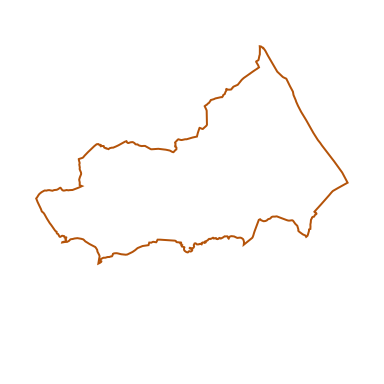 Tanh Linh, Bình Thuận, Vietnam (Natural Earth projection), rotated 241°
{"feature_id": "81297802B72040378952039", "entity_name": "Tanh Linh", "entity_type": "district", "adm_level": 2, "iso_a3": "VNM", "parent_name": "Vietnam", "parent_adm1": "Bình Thuận", "projection": "natural_earth1", "projection_center": [107.7, 11.14], "detail": "fine", "context": "isolated", "style": "outline", "palette": "amber", "viewbox_px": 384, "rotation_deg": 241, "n_neighbors": 0, "source": "geoboundaries", "source_scale": "gbopen_adm2", "svg_char_len": 6033}
<svg xmlns="http://www.w3.org/2000/svg" viewBox="0 0 384 384"><g transform="rotate(241 192 192)"><path d="M247.8,51.2L245.8,52.0L244.3,52.2L239.1,52.2L233.5,52.5L231.8,52.8L224.9,53.5L224.0,53.7L222.9,54.3L222.3,53.9L221.7,53.8L220.9,53.9L220.4,54.4L219.9,54.5L217.3,54.5L216.9,54.7L216.6,55.2L216.7,57.0L216.5,57.5L215.3,58.8L214.1,58.5L213.8,58.9L213.5,59.8L213.2,60.0L213.0,59.9L212.8,59.7L212.3,58.5L211.9,58.4L211.5,58.6L211.1,58.6L210.6,58.2L210.5,57.9L210.3,57.3L210.4,56.6L211.0,54.2L210.8,54.0L209.9,56.6L208.9,58.7L208.9,60.8L209.5,62.6L209.4,63.2L208.7,65.0L208.3,66.7L207.2,69.4L204.8,72.4L203.4,73.8L202.9,74.1L200.4,74.8L199.4,75.4L196.1,77.2L190.8,80.7L189.5,80.9L187.4,81.0L185.7,80.4L182.1,80.3L180.9,80.1L180.1,79.7L179.1,78.8L174.8,75.4L174.7,77.1L174.9,78.7L175.3,79.1L176.0,78.8L176.7,79.0L177.1,79.3L177.4,79.7L177.5,80.4L177.5,82.0L177.3,83.0L176.8,83.8L176.5,84.5L176.1,86.5L175.2,88.3L175.0,89.8L174.6,90.5L174.6,90.8L174.9,91.5L176.2,92.9L176.1,94.1L175.2,96.1L174.4,97.2L171.9,99.9L169.3,103.6L168.7,105.1L168.4,110.9L168.7,114.1L169.3,117.0L169.3,117.6L168.7,122.6L166.6,128.2L168.5,130.1L167.4,131.9L167.4,133.4L167.2,134.0L165.4,136.3L165.6,136.8L167.0,138.8L165.9,140.8L157.7,153.5L157.2,153.9L156.9,154.1L156.0,154.1L155.5,154.4L153.7,157.0L153.3,157.8L153.1,157.9L152.9,157.7L152.5,157.0L151.9,157.5L150.6,156.8L150.3,156.9L150.2,157.3L149.7,156.8L149.3,156.7L148.2,157.9L147.6,158.4L147.3,158.5L146.7,157.8L145.4,157.1L144.9,157.0L144.0,157.1L142.3,157.9L141.4,158.7L141.2,159.3L141.6,160.2L141.6,160.8L140.7,161.8L140.5,162.3L140.6,163.4L141.2,164.2L141.8,164.3L143.5,162.9L143.9,162.7L144.1,162.8L144.2,163.1L143.1,164.2L142.8,164.8L142.5,165.7L142.6,166.5L143.3,167.4L144.7,167.8L145.3,168.8L145.7,169.2L145.6,169.9L145.3,170.2L145.0,170.5L143.8,170.9L143.2,172.0L142.9,172.7L143.0,173.0L142.9,173.4L142.2,174.6L142.5,175.3L142.3,175.4L141.8,175.0L141.6,175.1L141.9,175.6L142.6,176.3L142.7,176.7L142.1,177.8L142.0,178.4L141.6,178.2L141.4,178.3L141.3,179.1L141.3,179.6L141.5,179.7L142.1,179.0L142.3,178.9L142.4,179.1L142.1,179.8L142.3,180.6L142.1,181.8L142.2,182.4L142.6,183.5L142.7,184.3L142.0,185.2L142.0,185.9L141.8,186.2L141.8,188.2L141.5,188.5L140.8,188.5L140.6,188.9L140.4,189.9L140.0,190.6L139.8,190.8L139.1,190.6L138.4,191.5L138.2,192.7L138.3,193.0L138.5,193.2L138.5,193.7L138.3,194.1L137.5,194.4L137.3,194.7L137.2,196.8L137.4,199.1L136.7,200.1L136.3,201.1L136.0,201.5L135.6,201.6L134.0,201.3L133.5,201.5L133.9,202.1L134.4,202.8L134.6,203.3L134.6,204.0L134.2,205.2L132.7,207.3L130.3,209.0L129.8,209.5L129.0,211.5L128.5,212.3L128.1,212.7L127.0,213.4L125.9,213.8L125.4,213.8L123.5,213.4L122.3,212.8L120.8,211.7L122.7,222.5L123.2,223.3L124.4,224.7L126.0,226.3L127.3,227.7L135.2,236.9L135.2,238.1L135.0,238.5L133.9,238.7L131.9,240.3L131.6,240.7L131.0,242.3L130.9,243.8L131.2,244.9L131.3,245.6L131.0,246.8L130.9,247.4L131.0,248.1L131.4,249.0L131.5,249.5L131.4,250.5L130.2,252.8L129.8,253.9L129.5,254.4L121.4,261.3L120.4,262.3L119.8,263.2L118.9,265.5L118.4,266.2L117.6,266.5L114.1,266.9L111.4,267.7L108.2,267.0L107.3,266.7L106.6,266.2L106.2,266.2L104.8,266.7L101.2,268.4L98.9,270.1L97.4,270.1L97.7,271.7L98.6,272.8L101.2,275.4L102.5,276.2L102.5,276.4L102.3,277.6L104.4,278.9L106.2,279.8L107.9,281.2L109.6,282.3L110.1,282.7L110.9,284.1L111.5,284.6L111.7,285.5L111.3,286.6L111.3,286.9L112.2,288.2L112.3,288.9L112.6,289.2L112.4,289.8L112.6,290.3L113.1,290.4L113.9,290.3L115.0,289.5L115.4,289.5L118.6,298.9L122.7,310.4L123.9,313.5L124.5,315.3L124.6,316.0L124.7,321.6L124.7,332.6L136.2,332.8L149.6,331.2L169.7,328.2L172.9,327.9L176.4,327.3L184.9,326.8L199.5,326.7L209.1,326.3L216.0,326.5L220.5,326.9L221.9,327.2L227.6,327.8L230.8,328.9L237.1,329.0L245.0,329.4L245.4,329.4L248.0,327.5L248.8,327.1L255.9,324.9L274.4,324.5L280.2,324.6L283.4,324.2L283.4,323.8L284.3,323.6L285.8,322.9L286.6,321.9L284.7,321.0L279.4,318.0L278.4,316.9L275.8,314.7L275.2,314.1L275.1,313.6L275.1,311.6L274.9,311.3L274.6,311.2L270.7,311.3L268.5,311.0L267.9,304.2L266.6,292.4L266.0,289.9L263.6,284.0L264.0,279.4L263.9,278.8L263.4,278.0L263.3,277.1L262.7,276.3L262.7,276.0L263.2,274.6L263.7,273.9L264.1,272.9L264.3,272.7L265.3,272.3L265.4,271.9L265.2,271.6L264.5,271.4L264.0,271.0L263.0,269.4L261.9,268.3L261.8,267.8L261.7,266.5L260.9,265.5L260.5,264.8L260.4,264.1L260.7,263.8L260.9,263.3L262.5,257.8L262.6,256.1L263.3,253.0L262.7,252.2L262.5,251.5L261.8,250.4L261.6,248.6L261.2,247.6L261.1,245.6L260.9,244.7L256.6,244.4L255.9,244.2L243.6,237.7L243.0,236.8L241.9,232.0L242.4,231.4L244.4,229.8L244.4,229.6L240.8,225.7L238.1,223.2L239.4,218.8L240.7,213.0L241.5,211.4L242.4,208.3L242.9,207.5L244.7,205.6L244.7,205.0L243.5,201.2L243.2,201.0L242.1,201.0L241.2,200.2L240.4,200.1L240.2,200.0L240.2,199.4L239.8,199.3L239.0,199.8L238.5,199.9L238.1,199.8L236.8,198.9L236.8,198.0L235.9,195.4L235.9,194.9L236.6,194.2L239.0,192.7L241.7,189.6L246.1,183.5L248.9,177.5L249.3,176.9L249.8,176.5L255.0,173.3L255.7,172.1L256.6,170.2L257.9,168.7L258.9,167.9L260.0,167.5L260.7,166.2L261.2,165.7L262.7,165.4L264.3,164.4L264.7,163.7L265.3,162.2L265.6,160.3L266.0,159.7L267.0,159.2L267.8,159.3L268.2,159.3L268.5,157.9L268.5,150.3L268.7,147.3L269.0,144.6L269.6,143.5L270.2,141.4L270.0,139.7L271.1,138.8L271.5,138.1L272.1,138.1L272.3,137.9L273.1,136.9L273.5,136.8L275.0,137.0L275.5,136.3L276.3,134.3L276.6,134.3L277.1,134.9L277.4,135.0L277.7,134.7L277.9,134.1L278.2,133.7L279.1,133.5L279.5,133.1L279.8,132.0L280.0,131.7L279.5,128.8L277.3,120.4L275.9,115.8L275.0,113.5L275.0,112.6L275.7,109.0L275.0,108.6L271.8,107.8L270.6,106.7L267.9,105.8L266.6,104.9L265.9,104.7L263.0,104.4L261.9,104.0L261.2,103.5L259.3,101.1L257.5,99.3L256.7,99.0L254.9,98.5L252.5,97.1L252.1,97.3L250.5,98.6L250.8,94.7L251.7,88.5L253.1,85.6L253.4,84.7L254.5,83.3L255.1,81.2L255.6,80.2L256.2,79.7L256.9,79.4L259.3,79.1L259.6,78.8L259.6,78.0L259.4,76.2L259.5,74.8L260.5,72.4L260.8,70.5L262.9,68.0L263.5,66.6L263.8,65.3L264.7,64.0L264.8,63.1L264.8,60.3L264.3,57.6L263.7,56.2L262.4,53.9L261.9,52.6L258.1,52.1L250.1,51.6L247.8,51.2Z" fill="none" stroke="#b45309" stroke-width="2"/></g></svg>